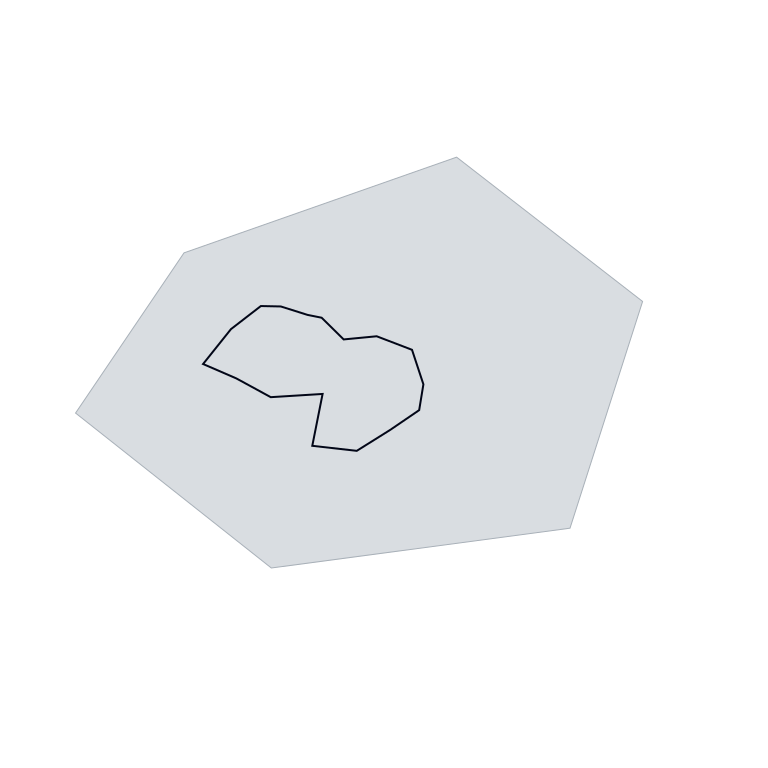 where Domagnano sits in San Marino, rotated 227°
{"feature_id": "SMR-4887", "entity_name": "Domagnano", "entity_type": "state/province", "adm_level": 1, "iso_a3": "SMR", "parent_name": "San Marino", "parent_adm1": "", "projection": "equal_earth", "projection_center": [12.471, 43.949], "detail": "fine", "context": "in_parent", "style": "outline", "palette": "ink", "viewbox_px": 768, "rotation_deg": 227, "n_neighbors": 0, "source": "natural_earth", "source_scale": "10m", "svg_char_len": 528}
<svg xmlns="http://www.w3.org/2000/svg" viewBox="0 0 768 768"><g transform="rotate(227 384 384)"><path d="M500.4,591.8L268.0,629.4L151.7,421.7L326.3,176.1L573.1,138.6L616.3,327.2L500.4,591.8Z" fill="#d9dde1" stroke="#a8b0b8" stroke-width="1"/><path d="M522.0,265.3L528.5,309.5L525.0,347.1L511.1,361.4L486.7,375.2L475.0,383.6L444.1,384.9L423.9,411.2L389.9,427.8L356.9,412.6L340.9,391.9L346.2,357.3L353.7,318.5L387.7,289.4L418.6,332.3L451.6,292.2L488.8,279.8L522.0,265.3Z" fill="none" stroke="#020617" stroke-width="2"/></g></svg>